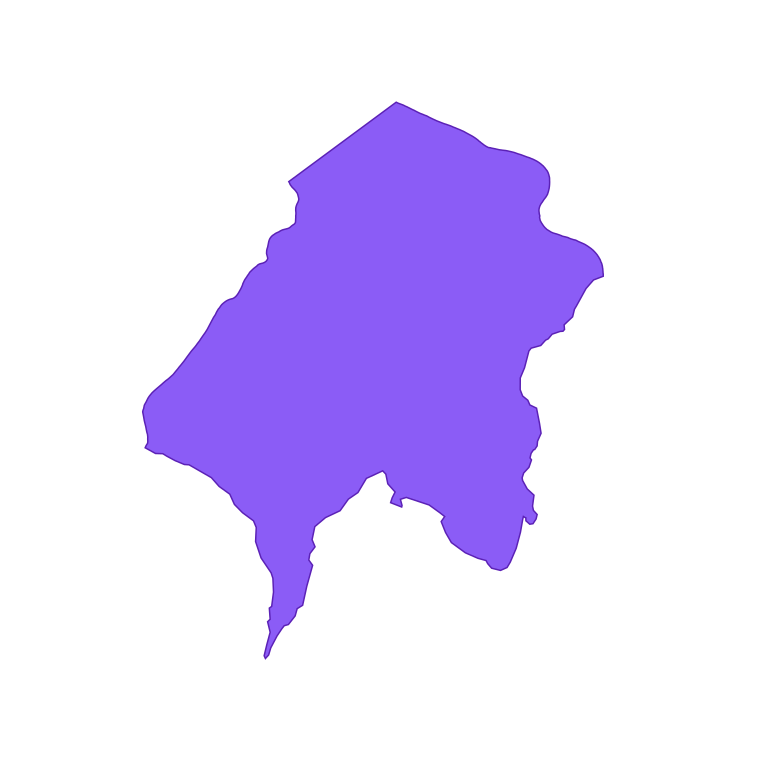 Honeymoon Beach, Saint Lucia (Natural Earth projection), rotated 54°
{"feature_id": "8701671B64660107039204", "entity_name": "Honeymoon Beach", "entity_type": "district", "adm_level": 2, "iso_a3": "LCA", "parent_name": "Saint Lucia", "parent_adm1": "", "projection": "natural_earth1", "projection_center": [-60.906, 13.777], "detail": "fine", "context": "isolated", "style": "filled", "palette": "violet", "viewbox_px": 768, "rotation_deg": 54, "n_neighbors": 0, "source": "geoboundaries", "source_scale": "gbopen_adm2", "svg_char_len": 6170}
<svg xmlns="http://www.w3.org/2000/svg" viewBox="0 0 768 768"><g transform="rotate(54 384 384)"><path d="M163.2,208.5L164.3,342.1L165.9,342.3L167.5,342.7L169.0,342.7L170.6,342.7L173.8,342.2L175.4,342.0L176.9,342.0L178.5,342.0L180.0,342.4L183.0,343.6L184.4,344.3L185.6,345.6L186.5,347.1L187.3,348.7L188.3,350.2L189.3,351.5L190.6,352.6L191.8,353.5L193.4,354.4L194.8,355.4L196.1,356.6L197.4,357.5L198.6,358.5L201.2,360.6L201.9,362.3L201.8,364.0L201.8,365.8L202.0,367.6L202.0,368.6L201.9,369.6L201.4,371.1L200.6,373.1L199.8,375.1L199.5,376.2L199.2,378.0L199.1,379.7L198.7,381.5L198.4,383.3L198.4,385.2L198.3,387.0L198.6,388.8L199.0,390.1L199.4,391.1L200.0,392.1L201.0,393.5L202.4,395.0L203.6,396.3L204.8,397.6L205.8,399.0L206.9,400.3L208.2,401.4L209.5,402.4L212.4,403.5L213.9,404.1L214.6,404.9L215.4,407.1L215.4,409.2L214.9,411.2L214.4,412.3L213.7,414.2L213.5,416.0L213.8,417.7L213.9,421.3L214.1,423.1L214.4,425.1L214.7,427.0L215.5,428.8L216.0,430.5L216.7,432.2L217.4,434.3L218.1,436.0L219.0,437.6L219.8,439.1L220.9,440.5L222.6,443.5L223.4,445.2L224.7,448.0L225.5,450.1L226.1,452.5L226.2,454.4L226.0,456.1L225.3,457.8L224.7,459.5L224.3,461.4L224.1,463.1L224.1,464.9L224.2,466.7L224.4,468.6L225.0,470.6L225.6,472.2L226.0,474.0L226.7,475.6L227.5,477.4L228.6,479.3L229.3,481.0L229.9,482.7L230.8,484.5L231.6,486.2L232.4,487.8L235.9,494.9L237.3,498.4L237.9,500.2L238.6,502.3L239.9,506.0L240.6,507.7L241.7,511.5L242.2,512.9L242.8,514.9L244.1,520.3L244.6,522.0L246.2,527.1L247.3,530.4L248.0,532.6L249.5,538.2L249.9,539.9L250.5,541.8L251.4,545.4L251.8,546.8L252.4,549.1L252.6,551.0L252.8,552.8L253.0,554.7L253.1,556.5L253.1,558.4L253.4,562.2L253.6,563.9L254.0,569.2L254.2,571.4L254.4,573.8L254.8,576.9L255.4,579.2L255.7,580.4L256.1,581.6L256.5,582.7L257.0,583.8L258.8,587.2L259.5,588.8L260.3,590.4L261.5,591.7L262.7,593.0L263.6,594.4L264.7,595.6L268.1,597.2L269.6,597.9L272.4,599.3L274.0,600.0L278.5,601.8L281.4,603.2L282.9,603.9L284.4,604.5L285.4,604.8L287.4,605.9L288.6,606.7L289.2,607.2L290.2,607.9L291.7,608.9L293.0,610.1L293.6,611.7L294.3,613.2L295.2,614.7L305.9,609.7L310.4,603.9L314.8,602.1L323.3,598.0L331.8,592.8L334.8,589.2L358.3,578.7L370.0,577.6L382.5,573.5L393.5,575.8L405.0,574.1L418.0,570.0L425.0,571.7L436.0,580.5L452.5,585.7L470.4,586.3L475.9,588.1L487.4,595.7L497.9,605.6L497.9,608.5L507.4,614.4L507.9,617.9L517.9,622.0L525.9,631.9L533.4,640.7L536.4,641.3L535.4,636.6L530.9,630.7L524.9,618.5L521.9,610.3L520.9,606.8L522.4,602.7L519.4,592.2L514.7,586.3L515.2,579.9L502.2,565.3L488.7,548.3L482.2,548.3L477.7,543.7L475.2,535.5L467.7,533.7L458.7,523.8L457.7,509.8L460.7,494.0L456.2,480.5L456.5,468.9L450.0,453.7L453.5,436.1L458.0,435.5L467.0,439.6L477.9,438.5L480.9,444.3L483.9,448.4L493.9,442.0L492.9,440.8L486.9,438.5L488.9,432.6L508.4,418.6L520.9,414.5L526.9,412.8L528.9,418.6L540.4,421.5L551.9,422.7L568.4,417.4L580.3,410.4L586.8,405.2L590.3,405.7L596.3,405.2L603.3,399.3L604.8,392.3L602.3,386.5L594.6,373.6L584.1,360.7L575.1,351.4L573.1,349.1L574.6,348.5L575.6,347.9L578.1,349.6L583.1,348.5L584.6,345.6L582.6,340.3L579.6,336.8L574.1,337.4L570.1,335.6L562.1,328.0L553.1,329.8L543.6,328.6L541.1,327.4L538.1,323.3L536.6,315.7L532.1,309.3L529.6,309.3L526.6,305.8L525.1,301.7L525.6,300.6L524.1,296.5L520.6,293.5L516.2,285.9L507.2,281.3L493.2,274.8L486.7,278.3L481.7,277.2L475.2,278.9L468.7,277.2L459.2,270.2L453.5,260.8L442.5,247.4L441.5,243.9L445.0,234.5L443.5,227.5L444.0,224.6L442.5,218.7L445.0,210.6L446.5,208.2L446.0,205.9L442.0,203.5L440.5,191.9L435.5,186.0L434.0,182.5L425.5,164.4L423.0,153.3L425.7,143.3L424.7,142.6L424.2,142.2L422.4,141.2L421.2,140.4L420.6,140.1L419.4,139.3L418.7,139.0L416.9,138.0L414.9,137.2L413.5,136.8L412.9,136.8L412.0,136.5L410.7,136.1L409.9,136.0L409.2,135.9L408.6,135.9L408.0,135.8L407.3,135.7L406.6,135.7L406.0,135.7L405.3,135.6L403.0,135.7L400.0,136.0L399.4,136.2L398.7,136.2L397.3,136.6L396.6,136.7L396.0,136.9L395.4,137.1L394.1,137.5L393.4,137.8L392.1,138.2L390.7,138.8L390.1,139.0L388.8,139.6L387.0,140.6L385.5,141.5L382.8,143.1L380.9,144.0L380.3,144.4L379.7,144.8L379.3,145.3L376.4,147.5L375.0,148.4L374.2,148.8L373.5,149.2L372.9,149.7L371.8,150.6L371.2,151.1L369.6,152.5L369.1,152.9L368.4,153.2L367.8,153.6L366.0,154.8L364.9,155.6L364.4,155.9L363.3,156.8L361.5,158.2L360.9,158.6L359.7,159.3L359.1,159.6L356.6,160.6L354.7,161.4L352.8,161.7L352.1,161.9L351.4,161.9L350.7,162.0L349.1,162.0L347.0,161.9L346.3,161.9L343.5,161.5L340.8,160.3L340.2,159.8L339.8,159.3L339.1,158.9L338.4,158.7L337.1,158.1L336.0,157.4L335.3,157.1L334.8,156.7L334.2,156.3L333.1,155.2L332.7,154.7L332.2,154.1L331.8,153.5L331.4,152.9L330.7,151.4L330.4,150.8L330.0,149.4L329.4,147.8L329.1,147.0L328.8,146.3L328.6,145.6L328.4,144.8L327.9,143.1L327.6,142.4L327.0,141.0L326.7,140.3L325.0,138.0L324.0,136.8L322.8,135.4L321.0,133.7L320.5,133.3L319.8,132.7L318.0,131.3L317.4,130.9L316.2,130.1L315.7,129.7L314.5,128.9L313.9,128.6L311.4,127.6L309.4,127.0L308.0,126.8L307.3,126.7L305.6,126.8L304.9,126.8L303.5,126.8L301.9,127.0L301.3,127.0L300.6,127.2L299.9,127.4L299.1,127.5L296.1,128.4L294.0,129.2L292.7,129.8L290.0,131.2L289.3,131.6L287.8,132.6L287.2,132.9L286.4,133.4L284.1,135.1L283.6,135.4L283.0,135.8L278.9,138.5L276.7,140.2L276.1,140.6L273.2,142.6L270.8,144.6L268.5,146.6L267.3,147.7L266.2,148.8L265.8,149.3L265.3,149.8L264.8,150.4L263.7,151.5L262.6,152.7L261.5,153.7L259.9,155.1L259.1,155.8L257.9,156.9L256.3,158.4L255.7,158.8L254.2,160.4L253.6,160.8L251.5,161.8L249.4,162.6L247.3,163.2L246.7,163.4L246.1,163.6L245.3,163.8L244.7,163.9L243.9,164.2L243.2,164.4L242.4,164.5L240.3,165.1L238.7,165.6L237.4,166.1L236.8,166.3L234.9,167.1L232.2,168.4L229.7,169.6L229.1,169.9L227.3,170.7L225.9,171.4L225.3,171.8L224.6,172.2L222.8,173.2L222.2,173.6L219.8,175.1L218.6,175.8L217.1,176.8L215.7,177.6L214.5,178.3L213.3,179.1L211.6,180.3L210.4,181.1L209.4,181.9L208.1,182.8L202.8,186.2L201.5,187.0L200.7,187.4L199.5,188.1L198.6,188.6L197.3,189.3L194.7,190.7L194.0,191.0L192.1,191.9L191.0,192.7L189.9,193.4L188.7,194.1L186.3,195.7L185.0,196.4L182.9,197.5L181.5,198.2L180.6,198.6L178.7,199.7L175.0,201.6L174.3,202.0L173.6,202.3L171.8,203.4L170.4,204.1L169.8,204.4L169.3,204.7L165.1,207.5L163.8,208.2L163.2,208.5Z" fill="#8b5cf6" stroke="#5b21b6" stroke-width="1.5"/></g></svg>